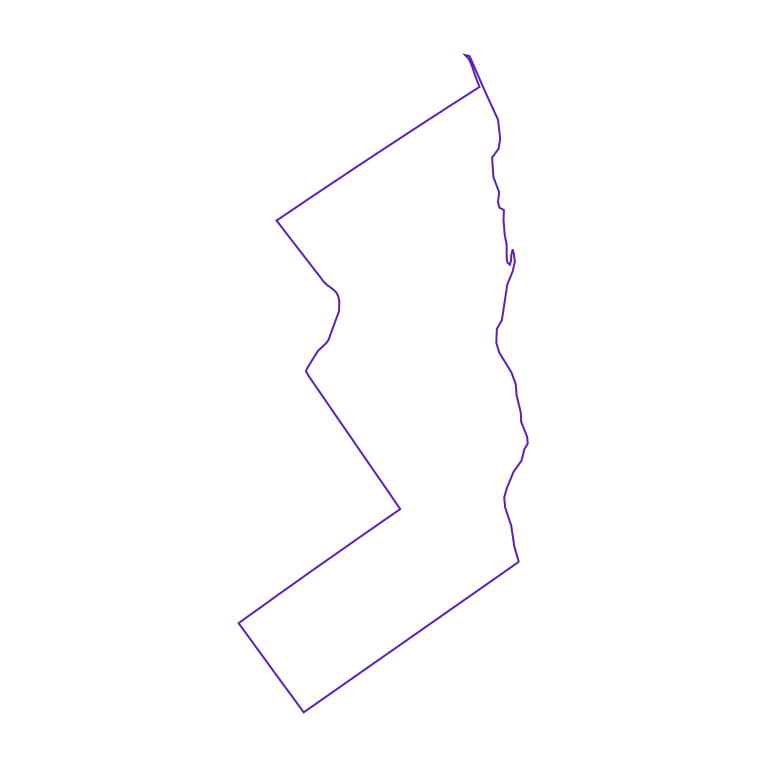 Western Sahara, orthographic projection, rotated 146°
{"feature_id": "ESH", "entity_name": "Western Sahara", "entity_type": "country or territory", "adm_level": 0, "iso_a3": "ESH", "parent_name": "Africa", "parent_adm1": "", "projection": "orthographic", "projection_center": [-13.3, 24.236], "detail": "fine", "context": "isolated", "style": "outline", "palette": "violet", "viewbox_px": 768, "rotation_deg": 146, "n_neighbors": 0, "source": "natural_earth", "source_scale": "50m", "svg_char_len": 1858}
<svg xmlns="http://www.w3.org/2000/svg" viewBox="0 0 768 768"><g transform="rotate(146 384 384)"><path d="M635.1,181.8L635.6,192.8L636.1,205.9L636.5,218.9L637.1,233.8L637.6,248.6L638.0,259.5L638.3,267.0L626.2,267.4L615.2,267.7L604.2,268.0L593.1,268.4L582.1,268.7L571.0,268.9L560.0,269.2L548.9,269.5L537.9,269.7L526.8,269.9L515.7,270.1L504.7,270.3L493.6,270.5L482.6,270.7L471.5,270.8L460.4,271.0L449.4,271.1L440.5,271.2L440.6,279.0L440.6,288.0L440.7,297.0L440.8,306.0L440.9,315.0L441.0,324.0L441.1,333.0L441.2,342.0L441.2,351.0L441.3,360.0L441.4,369.0L441.5,378.0L441.6,387.0L441.7,396.0L441.7,405.0L441.8,414.0L441.9,423.0L442.0,431.1L441.6,438.3L438.0,440.4L429.4,444.3L420.5,448.3L409.2,450.2L405.5,451.5L398.3,456.7L388.8,463.6L380.5,469.5L375.1,477.2L373.1,481.4L372.3,485.8L373.0,490.0L376.0,498.5L376.8,502.8L377.2,510.3L377.8,518.4L378.3,527.1L378.9,535.9L379.5,545.2L380.1,554.5L380.7,563.8L381.1,570.8L381.7,579.6L372.4,579.6L358.3,579.6L344.1,579.6L330.0,579.6L315.9,579.5L301.8,579.4L287.7,579.4L273.5,579.2L259.4,579.1L245.3,578.9L231.2,578.7L217.1,578.5L203.0,578.3L188.9,578.0L174.8,577.8L160.7,577.4L146.6,577.1L138.7,576.9L135.9,589.2L133.4,598.0L131.9,605.2L132.8,611.3L129.7,607.9L136.0,573.7L136.5,570.8L141.7,539.3L150.5,522.4L157.3,515.0L167.8,511.3L177.6,494.3L181.3,478.5L187.6,471.3L189.7,465.6L187.3,461.2L193.4,452.8L200.7,439.8L204.1,431.5L212.6,418.6L213.7,415.8L213.0,412.5L209.7,415.2L206.2,419.9L202.0,423.7L203.7,419.0L207.1,412.2L214.6,405.2L226.2,397.5L250.6,371.0L259.7,366.5L267.9,355.3L270.9,345.3L271.9,322.3L274.9,310.1L280.3,300.7L286.7,283.5L291.5,275.8L294.8,260.2L298.2,254.2L304.2,251.4L312.8,243.6L325.6,238.8L340.8,228.7L347.9,222.6L352.7,213.6L357.7,195.5L366.8,176.5L371.4,162.1L371.5,161.9L372.2,161.2L634.2,156.7L634.2,157.4L634.6,168.3L635.1,181.8Z" fill="none" stroke="#5b21b6" stroke-width="2"/></g></svg>